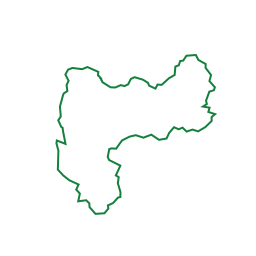 outline of Morgan, Utah, United States of America, rotated 20°
{"feature_id": "52423323B27267193198482", "entity_name": "Morgan", "entity_type": "district", "adm_level": 2, "iso_a3": "USA", "parent_name": "United States of America", "parent_adm1": "Utah", "projection": "equal_earth", "projection_center": [-111.563, 41.077], "detail": "fine", "context": "isolated", "style": "outline", "palette": "green", "viewbox_px": 256, "rotation_deg": 20, "n_neighbors": 0, "source": "geoboundaries", "source_scale": "gbopen_adm2", "svg_char_len": 1449}
<svg xmlns="http://www.w3.org/2000/svg" viewBox="0 0 256 256"><g transform="rotate(20 128 128)"><path d="M195.0,107.2L200.3,100.8L204.2,92.7L202.8,89.1L205.1,85.2L198.0,85.4L197.7,81.0L191.1,82.2L193.9,78.5L192.0,75.7L192.0,66.0L195.8,63.1L195.7,60.0L188.5,56.1L187.9,49.8L180.3,44.9L179.1,41.3L170.9,40.0L166.8,36.2L158.2,40.1L156.8,45.8L154.1,47.3L154.3,51.7L151.5,54.1L153.7,62.2L149.5,67.2L144.9,75.9L140.9,77.1L140.3,81.6L133.4,81.0L131.3,78.7L125.5,77.5L116.8,78.0L113.9,80.9L113.2,86.9L110.3,89.8L106.5,90.2L102.2,94.3L97.7,95.7L88.3,93.7L88.1,93.3L87.8,93.1L87.4,92.5L86.6,91.9L86.3,91.9L85.9,90.7L85.4,90.8L84.8,90.6L84.7,90.2L83.7,89.5L83.1,89.4L82.5,89.0L81.8,88.8L80.9,85.4L69.0,84.6L64.8,88.4L55.2,90.6L51.7,93.7L50.9,99.2L56.0,103.9L55.6,108.7L58.4,114.0L55.8,117.5L55.7,119.1L56.7,131.1L60.9,140.2L59.8,144.6L65.0,149.9L66.4,150.1L68.5,154.0L74.7,164.3L65.4,164.1L66.0,166.9L70.4,173.2L76.3,191.1L83.3,194.7L90.8,197.2L100.9,198.0L100.4,203.6L105.2,206.1L106.3,213.9L113.4,210.2L117.4,212.0L118.9,215.5L126.8,219.8L135.0,216.2L137.1,210.4L135.6,207.6L139.6,203.7L142.4,196.8L144.4,195.5L142.9,190.9L137.3,183.3L136.1,177.4L132.8,176.7L133.7,166.0L121.3,164.6L118.9,162.2L117.6,154.3L119.4,152.8L123.9,151.5L126.6,141.8L132.6,135.4L137.8,132.1L145.8,131.8L152.2,126.3L161.2,128.5L167.8,124.7L168.4,118.4L171.0,111.5L176.0,111.9L179.1,109.0L184.3,111.3L189.2,107.4L195.0,107.2Z" fill="none" stroke="#15803d" stroke-width="2"/></g></svg>